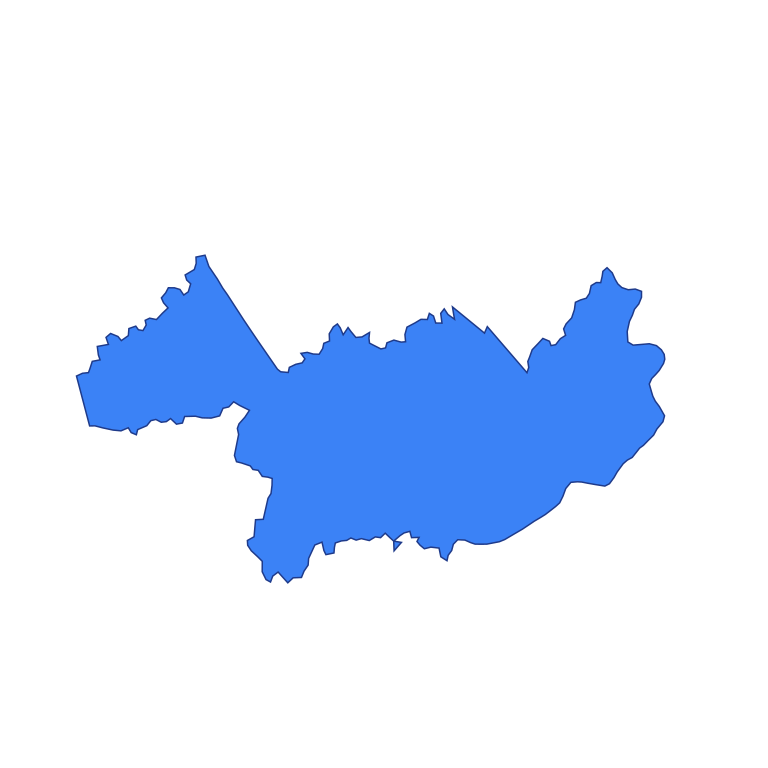 the district of Nova Aurora, Paraná, Brazil, rotated 54°
{"feature_id": "56859067B33155815190139", "entity_name": "Nova Aurora", "entity_type": "district", "adm_level": 2, "iso_a3": "BRA", "parent_name": "Brazil", "parent_adm1": "Paraná", "projection": "orthographic", "projection_center": [-53.289, -24.494], "detail": "fine", "context": "isolated", "style": "filled", "palette": "blue", "viewbox_px": 768, "rotation_deg": 54, "n_neighbors": 0, "source": "geoboundaries", "source_scale": "gbopen_adm2", "svg_char_len": 3615}
<svg xmlns="http://www.w3.org/2000/svg" viewBox="0 0 768 768"><g transform="rotate(54 384 384)"><path d="M179.4,501.9L181.9,507.0L183.5,513.5L188.7,514.6L195.5,514.0L196.5,521.6L198.1,530.2L193.0,534.9L192.1,539.8L196.5,541.7L199.1,547.6L195.8,550.8L191.3,550.8L189.2,557.8L194.6,562.4L194.5,571.0L189.2,571.3L182.4,575.5L182.9,581.5L190.0,583.7L185.1,593.9L192.6,598.0L197.6,599.5L194.2,606.7L198.6,612.7L201.1,616.4L198.1,621.6L196.8,628.1L244.9,646.8L248.0,642.4L254.2,637.3L262.0,630.3L267.3,624.3L269.1,616.6L274.7,617.1L279.5,614.2L276.1,610.1L278.3,600.4L276.6,594.2L278.6,589.4L284.0,586.7L286.5,582.2L286.5,577.0L294.5,575.5L297.1,570.0L293.1,564.4L299.2,555.5L304.5,551.0L310.0,543.8L313.2,535.7L309.0,528.5L311.3,523.1L310.0,516.1L316.5,513.4L326.2,508.3L329.1,516.1L331.0,524.7L333.7,528.7L339.4,531.3L353.9,547.0L360.2,549.0L364.1,545.7L371.7,540.3L376.1,540.3L379.9,536.5L387.2,536.8L391.1,532.7L394.7,530.0L400.1,534.1L406.2,539.8L408.3,545.0L422.5,561.2L418.3,567.7L431.2,578.9L430.3,586.5L434.4,589.1L440.9,589.4L449.6,587.7L455.9,586.7L464.3,592.9L472.9,594.4L477.5,592.2L474.0,586.9L473.9,580.2L488.3,578.7L487.4,571.4L492.0,564.5L488.4,558.7L485.9,551.8L480.8,547.5L473.6,534.6L475.5,527.1L483.4,530.5L487.9,531.3L491.3,523.8L487.0,520.1L484.0,516.8L485.9,510.7L488.6,506.1L489.1,501.3L493.9,498.3L495.8,493.2L502.0,487.9L502.6,480.9L506.3,477.1L505.4,470.7L511.9,469.5L516.8,468.5L516.1,460.2L516.3,455.3L518.4,449.7L524.5,452.0L528.7,445.8L530.8,449.9L535.5,449.6L541.0,448.2L543.5,442.0L549.1,435.9L557.2,439.6L564.0,436.9L560.3,432.8L558.5,427.1L554.4,422.1L553.3,415.9L557.8,410.3L563.3,407.1L567.1,404.4L570.8,399.4L574.0,394.9L579.4,383.4L580.8,377.7L581.9,366.2L582.8,357.3L583.3,343.3L584.0,335.8L584.4,330.1L584.0,317.3L583.4,311.7L579.9,305.1L575.4,298.4L573.4,290.6L576.8,285.0L579.5,281.7L583.8,277.7L589.7,272.0L596.4,265.3L597.2,260.2L594.9,253.0L592.2,247.0L589.1,237.4L588.6,231.8L589.3,226.3L586.1,214.9L586.1,210.1L585.0,203.8L583.8,195.9L580.8,189.6L578.5,180.5L574.6,175.7L564.0,174.5L557.3,174.6L551.9,173.7L547.6,172.2L539.9,169.4L536.9,164.1L536.0,158.7L534.8,153.4L531.7,145.8L529.0,142.3L524.7,139.9L519.4,139.5L513.1,141.0L507.4,145.7L499.0,159.6L493.3,162.0L484.5,156.4L477.6,148.6L474.4,142.7L470.8,137.5L469.0,130.8L465.2,124.7L460.4,121.2L454.9,124.9L451.3,131.0L445.8,134.9L440.5,136.0L435.3,135.5L428.2,134.0L421.0,135.2L421.5,140.7L425.1,144.2L429.4,149.1L426.7,152.6L426.2,158.6L431.5,164.6L433.5,169.9L431.5,175.6L430.4,181.1L435.8,186.3L440.8,193.3L442.4,201.3L445.0,206.3L451.4,208.5L451.0,214.7L453.1,222.0L451.1,226.3L446.7,225.0L440.5,228.7L441.9,235.7L443.4,244.0L447.8,250.4L450.3,254.4L455.7,257.2L458.9,261.7L398.3,266.7L401.9,272.8L361.9,283.3L367.6,286.2L373.1,288.9L365.4,291.4L358.6,291.1L360.2,296.6L368.8,301.3L365.1,306.3L358.1,304.0L353.5,305.8L357.3,311.0L353.4,316.1L352.8,323.0L351.5,332.0L356.3,338.0L362.5,341.7L360.2,345.5L354.3,350.2L352.4,357.4L355.7,361.5L353.8,365.9L346.6,369.6L342.4,371.7L338.2,369.3L333.8,365.4L333.0,374.1L329.8,379.4L322.0,379.9L317.2,379.9L320.2,388.1L312.8,386.4L308.0,386.4L308.0,391.4L311.2,398.8L317.2,402.8L315.7,408.8L319.3,412.8L321.8,419.0L318.2,423.6L313.3,427.5L310.4,433.2L317.2,433.2L318.8,437.8L316.2,443.8L314.9,450.8L318.4,454.7L313.4,460.4L309.4,461.5L275.8,460.7L263.1,460.3L249.4,459.8L219.5,458.2L211.6,458.1L201.1,457.1L186.0,456.6L174.6,453.1L170.8,461.5L176.0,465.0L179.9,470.2L178.9,480.8L183.9,482.5L189.3,481.5L194.4,488.2L194.3,493.7L187.6,493.5L183.0,497.0L179.4,501.9ZM516.8,468.5L524.9,473.9L522.4,463.0L516.8,468.5Z" fill="#3b82f6" stroke="#1e3a8a" stroke-width="1.5"/></g></svg>